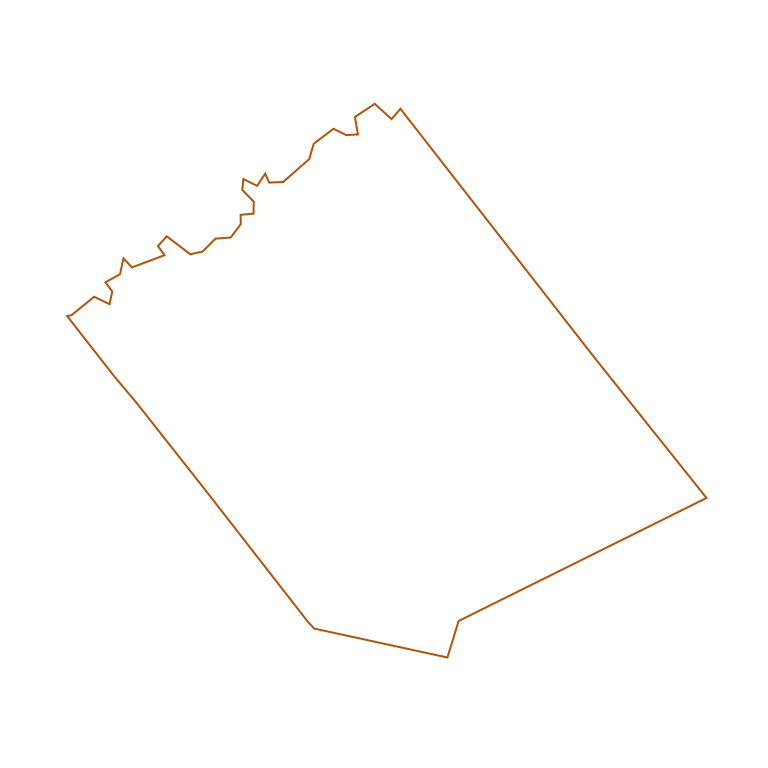 Milam, Texas, United States of America, rotated 263°
{"feature_id": "52423323B14814081114413", "entity_name": "Milam", "entity_type": "district", "adm_level": 2, "iso_a3": "USA", "parent_name": "United States of America", "parent_adm1": "Texas", "projection": "robinson", "projection_center": [-96.814, 30.784], "detail": "fine", "context": "isolated", "style": "outline", "palette": "amber", "viewbox_px": 768, "rotation_deg": 263, "n_neighbors": 0, "source": "geoboundaries", "source_scale": "gbopen_adm2", "svg_char_len": 704}
<svg xmlns="http://www.w3.org/2000/svg" viewBox="0 0 768 768"><g transform="rotate(263 384 384)"><path d="M231.6,690.2L383.7,596.6L655.2,433.8L646.0,423.8L663.2,408.9L652.6,387.7L634.9,388.5L635.6,376.9L643.5,364.9L631.0,343.5L616.4,337.2L596.8,308.5L597.9,294.6L607.2,291.7L596.1,282.2L604.6,269.4L593.9,267.0L580.9,276.9L569.0,275.3L569.4,262.3L560.1,261.3L548.1,249.7L548.8,234.4L537.6,220.1L536.4,207.5L557.0,186.4L548.5,176.4L538.6,181.8L530.5,148.1L540.4,140.7L525.2,135.4L518.9,119.9L509.0,125.6L496.7,121.3L505.9,106.9L490.4,82.2L490.0,77.8L425.1,116.8L395.6,136.0L299.4,194.4L156.7,279.8L149.7,285.0L104.8,413.6L139.7,429.2L231.6,690.2Z" fill="none" stroke="#b45309" stroke-width="2"/></g></svg>